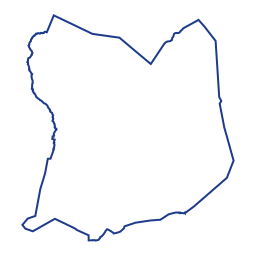 outline of Ringebu nor, Oppland, Norway
{"feature_id": "86288312B31660011539204", "entity_name": "Ringebu nor", "entity_type": "district", "adm_level": 2, "iso_a3": "NOR", "parent_name": "Norway", "parent_adm1": "Oppland", "projection": "mercator", "projection_center": [10.18, 61.557], "detail": "fine", "context": "isolated", "style": "outline", "palette": "blue", "viewbox_px": 256, "rotation_deg": 0, "n_neighbors": 0, "source": "geoboundaries", "source_scale": "gbopen_adm2", "svg_char_len": 5153}
<svg xmlns="http://www.w3.org/2000/svg" viewBox="0 0 256 256"><path d="M88.7,240.4L93.1,240.3L93.1,240.1L93.5,240.1L94.0,240.1L94.8,240.1L95.6,240.6L96.7,240.3L96.8,240.3L98.4,239.9L98.7,239.7L99.6,238.4L99.9,238.3L100.2,237.7L100.2,237.2L100.3,237.1L102.1,236.1L102.5,235.3L102.9,235.1L103.2,234.6L103.7,234.2L103.9,233.8L104.0,233.5L104.7,232.7L105.0,232.2L105.2,231.7L105.4,231.2L107.1,229.2L107.9,229.5L110.7,231.0L112.1,232.0L113.9,233.5L115.9,233.0L117.5,232.6L119.3,232.0L119.6,231.8L120.1,231.7L120.3,231.6L120.6,231.5L120.8,231.1L121.2,230.8L123.1,229.1L123.3,228.8L123.6,228.7L123.9,228.4L124.1,227.9L124.2,227.3L124.3,227.2L124.3,226.8L124.6,226.3L135.5,222.7L138.2,222.3L151.0,220.4L155.8,220.1L157.8,219.8L159.5,219.9L160.1,219.9L168.7,214.3L171.7,213.5L175.8,212.5L179.1,212.5L179.4,212.7L179.4,212.8L179.9,212.7L179.9,212.9L180.0,213.1L180.5,212.9L180.8,213.0L181.2,212.9L181.6,213.1L182.3,213.0L183.6,213.3L183.7,213.2L184.3,213.1L184.7,213.0L184.8,213.1L184.8,212.9L185.0,212.6L185.1,212.8L185.3,212.9L194.1,206.3L226.9,177.8L233.6,160.6L230.6,150.0L229.7,146.6L227.3,138.0L224.3,127.5L219.7,103.6L221.3,101.1L219.2,97.0L216.9,60.9L215.6,40.9L204.3,26.4L198.5,19.9L183.1,28.4L182.9,28.6L182.5,29.4L181.5,30.2L181.1,30.5L180.9,30.8L180.5,31.1L180.4,31.5L179.8,32.0L179.7,32.3L179.3,32.7L178.7,33.0L178.1,32.9L176.8,33.1L176.3,32.9L175.8,33.0L174.9,33.3L174.4,33.6L174.1,33.9L173.8,34.6L173.7,35.2L173.2,36.8L172.9,37.2L172.2,37.9L172.1,39.2L171.7,39.9L171.8,40.1L171.3,40.5L170.8,40.6L170.5,40.9L170.3,41.1L169.8,41.2L168.9,41.4L168.2,41.4L167.8,41.4L166.3,42.0L165.3,42.7L164.6,43.6L164.4,43.6L150.8,64.0L133.8,49.8L119.5,37.7L92.5,33.9L53.8,15.4L46.8,32.3L46.7,32.3L46.1,31.9L45.6,31.8L45.2,31.8L44.5,31.9L44.4,32.0L44.4,32.3L44.2,32.5L43.9,32.9L43.7,33.0L43.1,32.9L42.8,33.2L42.3,33.1L41.8,32.9L41.2,33.0L41.0,32.9L40.8,32.9L40.6,33.3L40.0,33.7L39.4,33.3L38.6,33.2L38.3,33.2L38.0,33.4L37.6,33.3L37.4,33.6L37.0,33.6L36.7,33.9L36.5,33.7L36.2,33.6L35.8,34.0L35.6,34.1L35.5,34.3L35.6,34.5L34.5,35.2L34.4,35.4L34.5,35.8L34.3,35.9L33.7,35.9L33.2,36.4L33.0,36.8L32.5,37.1L32.2,37.6L32.2,38.1L31.9,38.3L31.8,38.8L31.6,39.0L31.3,39.1L31.0,39.6L31.0,39.9L31.0,40.3L30.9,40.5L30.8,40.9L30.8,41.3L30.5,41.6L30.3,41.7L30.0,41.9L29.7,42.4L29.6,42.6L29.6,42.8L29.4,43.2L29.4,43.5L29.4,44.1L29.1,44.3L29.1,44.7L29.1,45.1L28.9,45.3L28.5,45.6L28.9,46.3L29.0,47.0L29.5,47.7L29.8,48.4L30.1,48.8L30.3,49.4L30.4,49.6L30.7,49.9L31.6,50.9L31.8,51.3L31.8,51.7L32.4,52.6L32.5,52.8L32.5,53.1L32.4,53.3L32.1,53.5L31.9,54.8L31.8,55.0L31.3,55.1L31.2,55.7L31.1,55.9L30.5,56.6L30.1,57.3L29.7,57.7L28.5,58.0L28.3,58.2L28.2,58.4L28.2,58.8L28.1,59.2L27.9,60.3L27.9,60.6L28.0,61.1L27.7,61.3L27.6,61.6L27.3,61.9L27.3,62.1L27.7,62.3L27.9,62.5L28.0,62.7L28.0,63.0L28.1,63.4L28.0,63.5L27.8,64.1L27.8,64.3L28.2,64.7L28.3,64.9L28.7,65.9L28.9,66.9L29.1,67.2L29.3,68.0L29.1,68.4L29.1,68.6L29.2,69.0L29.1,69.5L29.5,69.7L29.6,69.8L29.4,70.4L29.4,70.6L29.5,70.7L29.8,70.9L30.3,71.5L30.8,72.3L31.4,73.3L31.5,73.5L32.2,74.0L32.1,74.4L32.0,74.6L31.8,74.6L31.6,74.7L31.6,75.1L31.6,75.5L31.6,76.0L31.5,76.3L31.5,76.7L31.6,76.9L31.7,77.1L31.7,77.7L31.8,78.4L32.0,78.9L32.0,79.2L32.1,79.4L32.6,80.5L32.7,81.0L32.6,81.9L32.5,82.4L32.5,82.6L32.8,83.2L32.7,83.4L32.3,83.9L32.1,84.4L32.2,84.9L32.2,85.1L32.1,85.4L32.1,85.7L32.2,86.1L32.0,87.5L32.1,88.1L31.8,88.7L31.8,88.9L31.9,89.0L32.6,88.9L32.7,89.3L32.8,89.5L33.0,89.7L33.0,89.9L33.1,90.1L33.1,90.3L32.8,90.8L32.7,91.1L32.8,91.5L33.5,92.0L33.7,92.9L33.9,93.1L34.4,93.3L34.6,93.4L34.6,93.6L34.7,94.1L35.2,94.6L35.6,95.1L35.7,95.4L35.8,95.8L36.0,96.3L36.3,96.9L36.6,97.3L37.1,97.5L37.7,98.2L38.3,98.6L39.5,99.4L40.0,100.1L40.4,100.1L41.3,100.8L42.2,101.4L42.6,101.9L43.9,103.2L44.1,103.4L45.1,103.6L45.3,103.7L46.4,104.6L46.7,105.0L47.3,105.5L47.6,105.9L47.8,107.0L48.0,107.2L48.3,107.5L48.5,108.0L49.1,108.7L49.4,109.2L50.0,109.7L50.1,109.9L50.1,110.1L50.0,110.4L50.1,110.5L50.3,110.8L50.4,111.0L50.2,111.6L51.3,112.4L51.7,112.6L52.0,112.8L52.3,114.0L52.6,114.4L52.7,114.8L52.8,115.1L53.1,115.2L53.2,115.3L53.1,115.7L52.5,117.1L52.6,117.3L52.8,117.6L52.8,117.9L52.9,118.1L53.0,118.1L53.0,118.3L53.2,118.6L53.3,118.9L53.2,119.2L53.0,119.7L52.8,119.9L52.6,120.2L52.5,120.7L52.6,121.1L53.4,121.5L53.5,121.6L53.5,122.1L53.7,122.3L53.7,122.6L53.8,122.9L54.0,123.1L54.1,123.5L54.5,123.8L54.6,124.0L54.6,124.5L54.7,125.0L54.8,125.7L54.7,125.8L54.8,126.3L54.9,126.5L55.0,126.8L54.9,127.0L54.6,127.3L54.6,127.5L55.4,128.5L55.7,128.5L56.2,128.6L56.3,128.8L56.5,129.1L56.6,129.3L55.4,130.8L54.0,133.1L53.7,133.8L53.7,134.1L53.9,134.9L54.1,135.4L53.7,135.9L53.6,136.3L53.6,136.5L52.6,136.4L52.3,139.0L54.7,139.6L54.5,140.4L54.1,141.2L54.1,141.4L53.9,142.1L54.0,142.2L53.9,142.4L53.8,142.7L53.8,143.2L54.2,143.2L54.1,143.5L54.2,143.8L54.3,144.2L54.4,144.4L54.4,144.7L54.5,145.0L54.4,145.2L54.4,145.3L54.4,145.6L54.4,145.8L54.2,146.5L54.1,146.8L54.1,147.0L54.1,147.4L53.9,147.5L53.8,147.9L53.7,148.4L53.4,148.8L53.5,149.1L53.4,149.4L53.8,149.4L50.5,158.7L47.8,158.8L45.1,173.3L40.3,189.1L35.3,216.0L27.8,218.5L22.4,224.9L25.3,228.6L32.8,231.3L54.9,218.8L75.3,228.6L76.9,230.0L88.6,235.3L88.7,240.4Z" fill="none" stroke="#1e3a8a" stroke-width="2"/></svg>